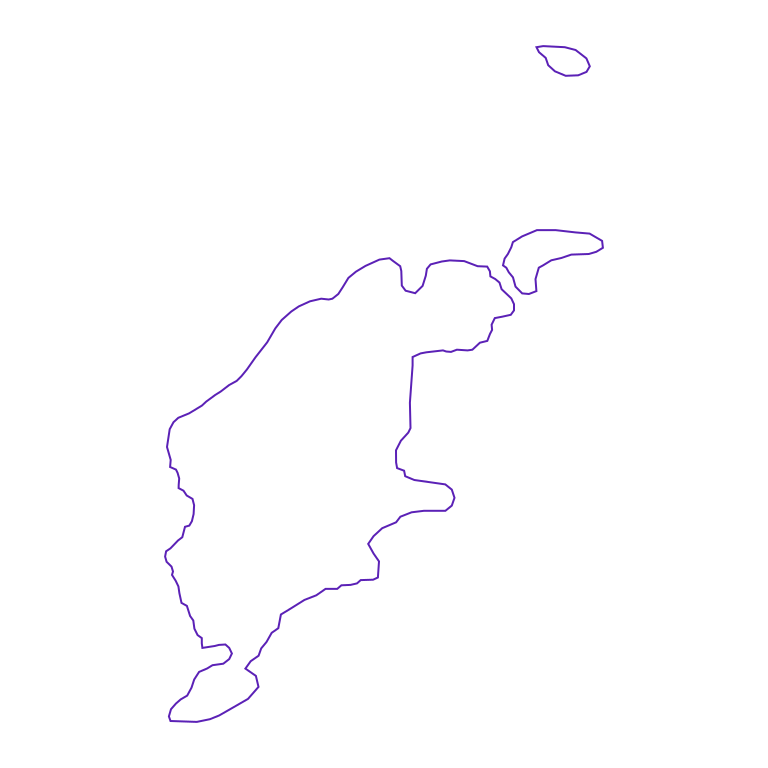 Gotland, Gotland, Sweden
{"feature_id": "70781695B80690990768870", "entity_name": "Gotland", "entity_type": "district", "adm_level": 2, "iso_a3": "SWE", "parent_name": "Sweden", "parent_adm1": "Gotland", "projection": "natural_earth1", "projection_center": [18.646, 57.653], "detail": "fine", "context": "isolated", "style": "outline", "palette": "violet", "viewbox_px": 768, "rotation_deg": 0, "n_neighbors": 0, "source": "geoboundaries", "source_scale": "gbopen_adm2", "svg_char_len": 2767}
<svg xmlns="http://www.w3.org/2000/svg" viewBox="0 0 768 768"><path d="M405.6,290.7L401.8,285.6L401.3,271.0L400.2,266.2L392.7,260.7L389.5,258.2L379.4,259.6L365.5,265.9L355.9,271.7L348.4,277.9L342.6,287.4L338.3,294.0L332.4,298.7L328.7,299.5L321.2,298.7L310.0,301.3L298.8,306.4L291.3,311.5L281.7,320.0L275.3,328.4L267.2,342.3L255.4,357.4L246.9,369.5L241.5,376.1L236.7,380.9L229.2,385.0L220.6,391.6L215.3,394.9L206.2,401.6L201.9,405.6L189.0,413.4L178.3,417.8L173.5,422.2L169.7,429.2L167.0,447.0L170.7,459.9L170.1,467.0L176.0,469.6L177.6,472.9L179.2,478.5L178.7,484.8L178.6,488.1L183.5,490.7L186.7,495.5L192.5,498.9L194.1,505.2L193.6,514.1L191.9,521.2L189.3,525.6L185.0,526.8L182.3,537.2L178.0,540.5L173.7,545.0L170.4,548.4L166.1,551.3L165.1,556.6L166.6,561.8L171.5,566.6L173.0,571.5L172.0,574.9L175.7,580.8L178.4,586.4L179.4,593.2L181.5,602.9L186.9,605.9L190.1,616.0L193.3,620.5L194.4,628.7L197.6,635.1L201.8,638.1L201.8,643.4L202.4,647.9L214.7,646.0L219.0,644.9L225.4,644.5L229.2,647.9L231.9,653.5L229.2,659.1L223.3,663.7L212.5,665.2L207.1,668.5L199.1,671.9L194.2,679.5L191.5,687.7L187.2,695.6L180.7,699.4L175.9,703.6L171.0,709.2L168.9,716.4L170.5,721.0L196.8,721.9L209.9,719.2L219.1,715.5L233.6,707.2L248.0,698.9L258.5,686.9L255.9,675.9L245.4,668.6L250.7,661.2L258.6,655.7L261.2,648.4L266.5,642.0L271.7,632.8L278.3,628.2L280.9,614.5L291.4,608.1L304.5,599.9L316.3,595.3L325.5,588.9L337.2,588.9L341.4,585.3L350.5,584.9L357.0,583.4L360.7,580.1L373.1,579.7L377.9,577.5L379.0,561.4L373.6,553.6L368.2,543.9L373.6,536.1L382.2,528.2L396.1,522.3L400.4,516.7L411.6,512.3L423.9,510.8L445.4,510.8L451.8,505.6L454.5,497.8L451.8,489.6L445.3,484.4L431.9,482.5L414.3,480.0L405.2,476.2L404.1,470.7L397.1,468.1L396.1,462.5L396.0,450.3L400.9,440.7L408.3,432.6L410.5,428.1L409.9,402.7L412.6,365.5L412.6,357.0L420.6,353.4L426.4,352.3L443.0,350.4L446.2,351.5L451.0,351.9L456.9,349.7L467.6,350.4L472.4,349.7L479.9,342.7L487.3,340.9L490.0,333.9L492.1,329.9L491.6,324.7L494.8,318.1L502.2,316.7L510.8,314.8L514.0,310.4L514.0,304.2L511.3,298.4L507.0,294.3L501.6,289.2L499.5,282.6L495.2,279.0L490.4,276.4L489.9,271.3L487.2,266.6L477.6,266.2L464.2,261.1L449.8,260.4L441.8,261.5L430.6,264.4L426.9,268.8L425.8,275.7L422.6,285.9L415.2,293.2L405.6,290.7ZM536.4,291.1L535.5,279.1L538.8,267.7L543.0,265.4L551.3,260.3L561.3,258.0L571.3,254.6L588.8,254.0L596.3,251.8L602.9,247.8L602.1,240.9L589.6,233.6L575.4,232.4L555.4,230.1L537.0,230.1L522.1,236.4L512.9,242.1L511.3,247.2L507.9,254.0L504.6,258.6L503.0,265.4L506.3,267.7L508.8,272.3L513.0,277.4L515.5,286.6L522.2,293.4L528.9,294.0L536.4,291.1ZM578.2,75.3L586.5,71.9L589.8,66.3L586.4,58.4L575.6,50.0L564.8,47.2L543.2,46.1L536.5,47.2L539.0,52.2L545.7,57.9L548.2,65.2L554.9,71.3L565.7,75.8L578.2,75.3Z" fill="none" stroke="#5b21b6" stroke-width="2"/></svg>